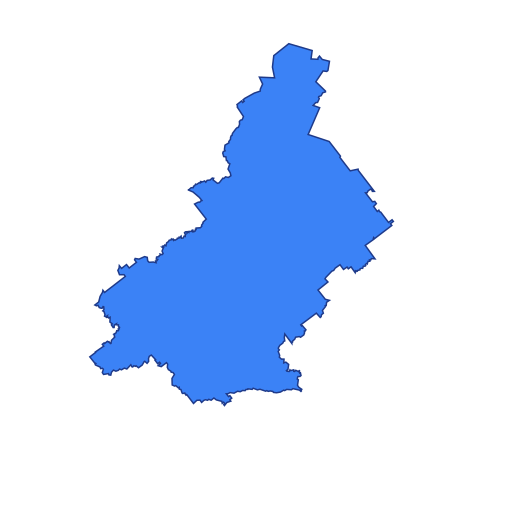 outline of Warrumbungle, New South Wales, Australia, rotated 44°
{"feature_id": "25037944B19485668266020", "entity_name": "Warrumbungle", "entity_type": "district", "adm_level": 2, "iso_a3": "AUS", "parent_name": "Australia", "parent_adm1": "New South Wales", "projection": "orthographic", "projection_center": [149.548, -31.455], "detail": "fine", "context": "isolated", "style": "filled", "palette": "blue", "viewbox_px": 512, "rotation_deg": 44, "n_neighbors": 0, "source": "geoboundaries", "source_scale": "gbopen_adm2", "svg_char_len": 6138}
<svg xmlns="http://www.w3.org/2000/svg" viewBox="0 0 512 512"><g transform="rotate(44 256 256)"><path d="M181.5,218.8L179.1,220.2L179.0,222.7L178.1,223.0L178.7,228.9L177.8,230.5L172.2,231.1L171.6,229.5L170.4,230.3L170.2,233.2L168.3,235.5L168.6,237.8L166.9,237.7L166.1,239.7L164.6,240.8L165.3,241.2L164.7,241.9L165.1,242.2L164.1,243.1L163.6,245.8L162.6,246.3L163.1,248.1L162.6,249.1L163.4,250.4L161.9,252.0L161.7,254.9L161.0,255.7L166.2,253.7L174.5,253.2L178.6,253.7L178.0,254.9L178.2,256.4L177.1,257.3L175.7,261.3L194.6,264.0L194.4,268.6L195.1,269.2L195.4,271.6L196.4,272.4L196.3,274.4L193.5,277.5L194.5,278.5L193.9,278.9L194.9,280.3L194.2,281.2L194.5,281.6L193.8,282.5L192.5,281.3L192.1,281.9L192.5,283.1L190.7,284.9L191.3,285.7L190.3,285.9L190.5,287.5L189.4,286.5L188.4,287.7L188.4,289.0L190.0,289.5L191.5,291.1L190.5,291.6L191.1,293.7L190.0,295.1L188.3,293.8L188.3,295.6L187.6,295.9L188.1,296.8L187.1,297.8L187.5,298.3L186.8,300.9L185.8,301.2L185.8,302.0L184.5,301.4L184.2,302.4L183.3,302.5L183.7,303.4L182.6,305.0L183.0,306.4L182.6,308.6L184.1,311.2L182.8,311.4L183.1,312.1L182.1,313.6L183.2,313.9L182.2,314.9L183.8,314.8L185.0,317.7L187.5,318.8L187.5,320.2L185.8,321.2L186.6,321.5L186.1,323.0L186.6,323.9L185.2,325.8L186.4,327.5L187.7,326.7L188.0,328.4L187.2,329.3L188.8,330.2L186.3,331.7L183.5,334.8L181.4,334.7L178.7,332.5L176.3,333.8L174.0,339.5L170.8,341.7L171.3,343.1L174.4,343.6L173.1,352.7L168.8,352.1L167.9,358.3L164.4,357.9L165.9,359.8L166.6,362.3L170.8,364.3L174.1,361.1L176.2,361.5L172.4,387.4L169.7,387.0L170.8,388.7L171.9,393.3L174.8,398.4L174.1,403.2L175.8,402.7L176.6,401.2L179.1,402.0L181.0,401.1L181.6,400.4L181.1,398.6L181.7,398.3L183.9,400.2L183.9,401.9L185.3,401.6L188.1,403.1L188.8,404.5L190.2,404.1L190.6,402.2L191.4,403.7L192.3,402.7L193.1,402.9L193.6,401.4L196.8,405.0L199.7,404.7L199.8,406.0L203.0,406.7L203.6,406.0L202.0,404.1L202.7,401.7L203.2,402.6L204.9,401.1L205.7,402.1L207.3,402.1L207.2,402.9L208.1,403.3L207.6,404.3L208.6,404.6L208.8,405.5L207.7,406.5L208.7,408.5L208.0,411.1L209.0,411.0L209.4,411.9L210.7,412.4L210.6,417.0L212.4,419.6L212.1,420.1L209.7,419.8L209.6,420.4L208.3,420.6L207.9,424.1L207.1,424.0L206.8,426.3L209.1,426.6L207.1,436.7L207.6,436.8L206.5,444.0L214.0,445.0L215.3,444.6L215.1,445.4L216.2,445.9L221.0,444.2L222.5,444.9L223.6,443.4L224.9,443.5L226.4,446.6L228.6,447.1L231.6,443.0L232.8,443.7L234.3,442.6L232.8,440.0L232.7,437.1L235.2,436.2L236.4,433.9L236.4,432.1L238.3,431.3L239.2,428.1L241.6,427.0L241.5,421.2L243.7,421.9L244.4,421.5L244.4,419.8L245.9,419.1L246.0,418.3L249.1,418.0L249.9,413.5L248.9,409.6L249.1,409.0L252.2,408.9L252.0,406.4L249.9,404.4L248.9,402.3L249.5,400.0L255.7,400.3L255.6,401.1L260.1,401.8L260.4,399.4L261.9,399.6L261.8,402.9L264.7,401.4L265.7,394.9L267.6,395.2L269.5,397.7L271.9,398.6L274.7,398.0L275.6,398.5L277.4,397.4L279.6,397.9L280.6,402.4L285.3,407.0L287.8,406.1L288.3,405.0L291.7,404.8L292.0,403.8L293.3,405.0L294.8,404.2L298.0,405.9L298.8,405.8L300.3,403.5L300.2,404.3L302.3,404.7L302.4,403.8L313.5,405.5L313.7,400.9L315.8,398.6L318.6,399.1L318.8,396.0L319.5,394.5L321.4,393.4L321.6,391.9L323.9,390.9L324.4,387.4L327.4,387.1L332.4,384.3L334.0,385.4L334.3,383.6L336.2,383.9L336.0,385.3L337.2,385.5L336.8,381.6L338.7,377.9L337.0,377.6L337.3,375.1L334.2,374.6L333.9,376.2L330.4,375.7L331.7,374.2L332.1,372.4L335.5,369.9L336.7,366.1L338.9,364.6L339.8,362.0L341.7,360.4L341.5,359.0L342.8,357.6L342.5,357.1L345.9,354.6L345.8,353.1L350.0,351.3L351.4,349.1L356.9,346.5L357.3,345.3L358.8,344.9L360.0,343.2L362.3,341.7L363.3,342.0L365.8,340.1L368.1,336.9L369.1,333.3L370.1,332.9L370.8,330.6L374.4,327.6L374.7,325.8L380.4,322.3L382.4,322.2L382.4,321.5L381.2,320.9L381.4,320.1L378.0,320.7L375.7,320.2L372.4,315.6L371.2,315.9L370.1,314.3L369.9,313.6L371.3,312.1L371.4,310.7L369.0,309.1L368.7,309.9L367.3,309.2L366.8,307.8L366.6,309.7L364.0,310.6L364.0,312.2L363.3,312.7L362.2,311.7L360.5,314.4L359.5,314.3L360.1,316.0L358.3,317.4L357.5,317.3L357.7,315.3L354.8,311.3L351.2,311.6L350.2,313.6L347.8,310.7L345.9,312.5L343.1,312.6L342.0,311.0L338.2,309.2L338.0,307.3L336.5,307.2L335.8,306.3L335.2,303.7L335.8,300.1L335.2,298.3L335.7,297.1L333.0,295.0L330.9,292.1L342.5,294.0L341.6,293.1L342.1,292.6L341.4,291.5L341.7,289.1L340.9,286.9L343.1,283.9L344.5,283.5L345.2,279.6L344.4,277.7L342.9,276.3L343.5,275.8L343.2,274.4L337.7,273.9L337.4,274.7L336.0,274.4L339.1,255.2L344.9,255.6L345.0,254.4L343.9,252.7L344.2,250.4L341.6,249.0L341.1,244.0L340.3,243.6L340.8,242.7L338.9,240.3L339.6,236.9L335.9,239.0L324.2,237.4L325.8,224.7L321.5,224.5L321.1,222.9L321.1,214.2L321.9,212.4L321.4,209.7L322.5,203.9L328.3,204.9L329.2,200.7L331.3,201.1L331.9,197.8L338.9,199.1L337.9,197.6L338.8,197.5L338.8,196.6L339.4,196.4L339.1,195.9L340.4,193.8L339.8,193.0L340.2,191.8L341.3,190.8L340.3,188.8L341.5,187.6L341.6,186.7L340.6,186.2L340.8,184.4L341.5,184.4L340.3,182.0L341.5,180.7L340.3,179.9L341.3,179.2L340.8,177.7L343.6,175.4L327.2,172.5L329.1,162.2L328.3,162.0L327.8,161.0L329.2,161.2L332.5,139.7L330.3,139.4L330.8,135.7L328.7,135.4L328.0,139.8L315.3,137.8L314.1,138.3L312.5,137.7L312.3,139.7L306.2,138.7L306.2,134.7L303.5,134.2L302.1,136.1L290.9,134.5L292.0,133.2L291.4,131.5L291.9,128.4L293.9,128.1L294.8,128.7L296.2,127.3L270.1,123.4L269.1,122.6L264.6,129.3L247.8,126.8L247.4,125.5L229.1,122.8L209.1,132.4L198.8,105.1L192.5,108.0L192.4,104.2L193.6,102.8L192.2,98.8L190.7,98.4L190.4,97.7L191.5,95.4L190.6,92.3L192.0,89.7L191.4,89.1L178.0,89.1L175.7,76.3L178.7,74.1L178.9,72.6L173.6,64.9L167.1,68.6L162.8,68.1L163.0,70.4L163.9,71.5L158.7,76.0L153.7,69.2L132.1,80.5L129.6,99.5L136.6,108.7L145.6,114.9L134.2,125.0L141.3,127.7L143.2,133.0L144.5,134.4L141.6,140.0L138.4,150.5L138.2,152.7L140.0,152.9L139.8,154.8L137.9,154.5L137.1,160.3L138.6,161.0L139.0,161.9L150.1,164.4L151.4,167.5L150.5,169.1L150.6,170.8L152.7,172.7L154.0,175.7L153.3,176.6L153.2,178.5L153.9,184.1L155.0,185.9L154.6,186.5L155.2,188.2L156.6,189.8L156.9,192.5L157.9,193.4L156.7,197.8L159.2,201.2L160.7,201.8L159.9,203.5L160.6,205.1L163.7,206.9L165.5,205.6L168.4,207.9L169.1,207.4L171.2,208.3L173.1,207.8L175.5,212.9L179.8,214.1L182.2,215.7L181.5,218.8Z" fill="#3b82f6" stroke="#1e3a8a" stroke-width="1.5"/></g></svg>